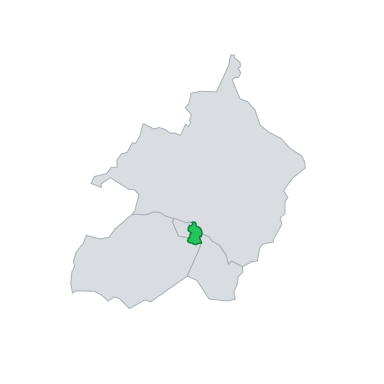 Rwanda and the surrounding countries, rotated 115°
{"feature_id": "RWA", "entity_name": "Rwanda", "entity_type": "country or territory", "adm_level": 0, "iso_a3": "RWA", "parent_name": "Africa", "parent_adm1": "", "projection": "orthographic", "projection_center": [29.912, -1.936], "detail": "fine", "context": "with_neighbors", "style": "filled", "palette": "green", "viewbox_px": 384, "rotation_deg": 115, "n_neighbors": 4, "source": "natural_earth", "source_scale": "50m", "svg_char_len": 3229}
<svg xmlns="http://www.w3.org/2000/svg" viewBox="0 0 384 384"><g transform="rotate(115 192 192)"><path d="M270.2,160.8L309.0,183.1L309.7,189.1L324.2,199.5L319.3,212.2L319.8,218.0L326.2,221.8L323.6,230.6L323.3,238.7L330.5,255.2L334.1,257.5L326.0,263.3L314.9,267.2L308.9,267.0L305.3,270.1L295.6,271.6L283.6,268.7L276.0,269.5L273.4,255.6L268.0,248.0L258.0,246.1L237.5,236.9L232.0,224.0L226.1,218.2L224.0,212.2L225.0,206.9L223.2,197.4L227.4,196.9L237.7,185.6L234.8,175.9L237.8,174.6L238.4,168.5L234.3,162.7L237.9,161.4L270.2,160.8Z" fill="#d9dde1" stroke="#a8b0b8" stroke-width="1"/><path d="M222.5,185.0L225.0,206.9L224.0,212.2L226.1,218.2L232.0,224.0L237.5,236.9L233.5,235.9L217.0,238.8L214.1,245.4L216.4,249.9L213.5,272.2L223.3,277.9L226.1,276.1L226.9,287.0L219.2,287.0L211.3,277.1L203.6,275.6L201.3,270.3L195.1,273.5L187.1,272.1L183.6,267.5L172.5,266.9L171.8,263.7L163.8,262.9L150.7,265.1L151.0,253.0L147.5,249.2L146.6,242.9L148.0,236.7L145.9,232.8L145.5,226.3L133.3,226.5L134.1,222.8L128.9,222.8L128.4,224.6L122.2,225.1L118.4,233.7L112.8,232.2L102.9,234.6L96.6,225.9L90.9,212.1L61.6,212.3L51.4,214.8L49.9,211.6L52.3,210.5L54.1,203.4L57.6,201.2L60.2,202.2L63.5,198.2L68.9,198.3L69.6,201.2L73.3,203.0L87.2,188.0L86.8,179.5L91.0,169.5L102.2,159.1L103.3,155.8L105.2,148.4L106.0,133.5L111.1,121.5L112.8,108.1L116.8,102.9L122.3,99.5L137.0,106.7L152.0,109.7L156.5,102.7L161.1,103.7L172.6,98.5L176.6,100.7L179.9,100.4L181.5,97.9L185.3,97.0L199.6,98.3L203.0,97.2L209.2,105.6L213.8,106.9L227.0,103.6L229.5,108.0L238.5,114.8L237.9,126.9L242.1,128.3L234.8,134.6L228.7,144.8L228.1,153.1L225.7,157.0L225.6,164.8L222.6,167.7L219.9,180.3L222.5,185.0Z" fill="#d9dde1" stroke="#a8b0b8" stroke-width="1"/><path d="M234.8,175.9L237.7,185.6L227.4,196.9L223.2,197.4L222.5,185.0L219.9,180.3L226.2,181.1L229.3,175.2L234.8,175.9Z" fill="#d9dde1" stroke="#a8b0b8" stroke-width="1"/><path d="M270.2,160.8L237.9,161.4L228.1,165.9L225.6,164.8L225.7,157.0L228.1,153.1L228.7,144.8L234.8,134.6L242.1,128.3L237.9,126.9L238.5,114.8L242.8,112.0L249.3,114.3L257.6,111.9L264.8,112.0L271.1,107.3L276.0,114.4L281.8,131.4L270.1,149.9L270.2,160.8Z" fill="#d9dde1" stroke="#a8b0b8" stroke-width="1"/><path d="M225.6,165.3L225.9,165.3L228.2,164.7L228.4,164.9L228.7,165.9L228.9,166.1L229.2,166.1L229.9,165.9L231.0,165.1L231.5,164.6L232.1,163.9L232.8,163.1L233.3,162.5L233.7,162.1L234.2,161.9L234.8,162.0L235.2,162.0L234.9,162.1L234.8,162.6L235.2,163.4L236.5,165.1L237.3,165.4L237.8,166.0L238.3,167.1L238.5,168.4L238.3,170.1L238.4,171.3L238.9,172.1L239.0,173.1L238.8,174.3L238.5,175.1L238.2,175.4L237.8,175.4L237.3,175.4L236.7,175.5L236.1,175.7L235.7,175.7L235.4,175.7L234.9,175.5L234.2,174.8L232.7,175.2L232.4,175.2L231.8,175.5L231.4,175.9L231.2,175.9L230.9,175.9L229.7,175.1L229.2,175.1L229.0,177.3L228.8,178.5L228.6,179.0L227.7,179.5L226.8,179.8L226.4,179.8L224.4,180.0L223.7,180.0L223.3,179.8L222.7,178.6L221.7,178.0L220.7,177.8L220.3,177.8L219.9,178.5L219.8,179.0L218.8,178.6L218.6,178.2L218.5,177.3L218.2,176.2L218.4,175.7L218.7,175.4L219.5,174.8L220.7,174.0L221.0,173.6L221.2,173.0L221.1,171.4L221.0,170.2L221.1,169.7L221.7,168.7L222.4,167.7L223.3,166.6L223.8,166.5L224.5,166.1L225.2,165.5L225.6,165.3Z" fill="#22c55e" stroke="#15803d" stroke-width="1.5"/></g></svg>